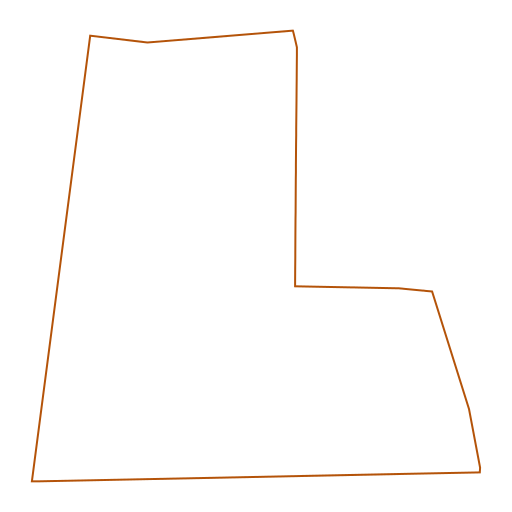 the district of Al Koma, North Darfur, Sudan
{"feature_id": "16777658B3899711101955", "entity_name": "Al Koma", "entity_type": "district", "adm_level": 2, "iso_a3": "SDN", "parent_name": "Sudan", "parent_adm1": "North Darfur", "projection": "robinson", "projection_center": [27.366, 14.121], "detail": "fine", "context": "isolated", "style": "outline", "palette": "amber", "viewbox_px": 512, "rotation_deg": 0, "n_neighbors": 0, "source": "geoboundaries", "source_scale": "gbopen_adm2", "svg_char_len": 969}
<svg xmlns="http://www.w3.org/2000/svg" viewBox="0 0 512 512"><path d="M432.1,291.5L431.3,291.4L430.1,291.3L425.6,290.9L423.5,290.6L422.7,290.6L421.7,290.5L419.5,290.3L403.9,288.8L403.1,288.7L402.2,288.6L401.2,288.5L400.7,288.5L400.3,288.4L399.8,288.4L399.1,288.3L393.0,288.2L357.8,287.5L353.5,287.4L351.6,287.4L295.1,286.3L295.1,283.7L295.2,268.0L295.3,257.4L295.3,254.1L295.4,234.2L295.5,219.4L295.6,212.9L295.7,195.3L295.7,194.5L295.8,178.5L295.9,172.4L295.9,168.7L295.9,168.4L295.9,164.5L296.0,153.3L296.0,152.4L296.1,141.3L296.2,135.6L296.2,128.7L296.5,100.8L296.5,100.4L296.6,87.8L296.7,79.0L296.7,78.1L296.8,64.4L296.9,54.9L296.9,52.4L296.9,52.0L296.9,50.6L296.9,48.8L296.9,47.4L296.8,46.9L295.7,42.1L293.7,33.7L292.9,30.7L292.0,30.7L147.4,42.5L90.2,35.7L80.4,110.6L74.2,157.8L31.9,481.3L40.3,481.3L403.9,473.9L479.8,472.4L480.1,467.7L473.7,433.8L469.0,409.0L467.8,405.2L441.9,322.7L438.7,312.5L432.1,291.5Z" fill="none" stroke="#b45309" stroke-width="2"/></svg>